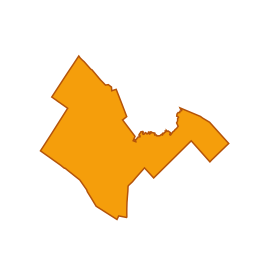 the district of Dracea, Teleorman, Romania, rotated 71°
{"feature_id": "2599482B41150428898624", "entity_name": "Dracea", "entity_type": "district", "adm_level": 2, "iso_a3": "ROU", "parent_name": "Romania", "parent_adm1": "Teleorman", "projection": "equal_earth", "projection_center": [25.009, 43.874], "detail": "fine", "context": "isolated", "style": "filled", "palette": "amber", "viewbox_px": 256, "rotation_deg": 71, "n_neighbors": 0, "source": "geoboundaries", "source_scale": "gbopen_adm2", "svg_char_len": 2103}
<svg xmlns="http://www.w3.org/2000/svg" viewBox="0 0 256 256"><g transform="rotate(71 128 128)"><path d="M121.1,218.2L122.4,217.3L141.3,203.8L143.1,202.7L145.3,201.3L145.3,201.0L145.4,200.7L156.6,193.6L161.4,190.5L173.0,187.2L175.0,187.2L179.1,186.3L183.0,185.4L191.6,183.6L201.4,175.8L210.9,168.2L208.1,165.4L212.1,158.5L211.8,158.1L207.6,156.7L203.6,155.3L197.8,153.1L191.3,150.3L187.7,148.7L183.3,147.0L182.6,146.4L180.3,141.3L177.5,136.7L171.1,125.4L183.6,120.0L168.7,89.0L160.7,72.4L178.5,65.0L186.7,61.6L185.5,59.4L175.4,37.8L169.8,40.2L149.1,49.0L142.8,54.3L140.7,55.7L130.7,66.9L125.9,72.3L127.3,72.2L128.2,71.4L129.0,71.6L129.0,73.4L130.2,74.1L129.7,75.5L130.7,77.1L132.7,78.1L133.6,77.0L134.4,76.8L135.3,78.1L136.8,78.5L137.9,79.2L139.0,80.4L142.7,80.0L144.3,82.3L144.8,84.0L145.6,84.9L146.2,86.8L148.5,90.0L148.5,90.3L147.8,90.7L146.2,89.4L143.9,91.0L143.9,91.9L142.7,92.5L143.4,92.7L143.4,93.2L143.0,93.4L142.9,93.7L144.0,93.8L144.1,94.9L144.8,95.9L144.2,96.6L144.6,97.3L145.6,97.3L145.8,97.9L145.0,98.6L145.7,100.5L145.0,102.9L144.6,103.5L144.1,103.3L143.6,103.7L143.3,105.0L142.3,104.9L141.8,104.2L141.1,104.9L140.7,105.9L140.1,106.6L140.1,107.3L139.1,107.4L139.0,107.7L139.1,108.1L139.0,108.5L139.3,108.7L140.4,108.4L140.7,109.4L140.7,109.6L139.9,109.7L139.3,109.4L139.0,109.4L138.5,109.9L138.7,110.2L139.0,110.4L139.7,110.5L139.8,112.0L138.7,112.5L138.1,112.9L138.0,113.1L138.2,113.5L139.0,114.6L139.1,115.0L138.9,115.7L138.0,116.0L137.6,115.8L137.6,115.4L137.1,115.0L136.4,115.0L136.4,115.6L136.0,115.6L135.8,117.1L136.6,117.8L137.0,118.8L137.5,119.1L138.2,120.0L139.2,119.2L140.2,119.5L139.8,121.4L140.4,122.0L140.6,122.8L141.3,123.5L141.4,125.1L142.0,125.4L142.8,124.8L143.6,125.1L141.7,127.3L138.2,124.1L118.6,130.5L118.5,130.1L116.8,125.5L105.0,125.9L94.4,126.3L87.6,126.6L87.5,131.2L83.9,130.3L80.6,132.5L80.1,135.3L73.5,138.4L61.3,143.1L60.2,144.1L51.0,147.9L49.1,149.0L46.3,150.4L43.9,151.1L50.6,159.8L53.9,164.2L55.3,166.0L55.8,166.7L72.9,188.7L73.9,190.0L80.9,185.0L89.7,178.6L108.8,202.5L117.7,213.8L121.1,218.2Z" fill="#f59e0b" stroke="#b45309" stroke-width="1.5"/></g></svg>